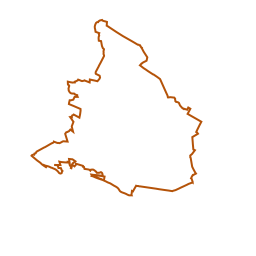 the district of Codes pag., Bauska, Latvia, rotated 33°
{"feature_id": "27541924B25863088320510", "entity_name": "Codes pag.", "entity_type": "district", "adm_level": 2, "iso_a3": "LVA", "parent_name": "Latvia", "parent_adm1": "Bauska", "projection": "robinson", "projection_center": [24.192, 56.468], "detail": "fine", "context": "isolated", "style": "outline", "palette": "amber", "viewbox_px": 256, "rotation_deg": 33, "n_neighbors": 0, "source": "geoboundaries", "source_scale": "gbopen_adm2", "svg_char_len": 5408}
<svg xmlns="http://www.w3.org/2000/svg" viewBox="0 0 256 256"><g transform="rotate(33 128 128)"><path d="M167.7,182.5L167.4,182.3L165.6,178.6L166.7,178.4L166.6,177.7L166.6,177.4L166.5,176.3L166.4,174.5L166.3,172.7L166.4,172.4L166.3,172.0L167.0,171.8L168.1,171.1L169.2,170.8L170.3,170.2L184.4,163.7L187.4,162.4L192.6,160.0L196.0,158.4L199.6,156.8L199.7,156.6L200.1,156.0L201.0,155.0L201.7,154.2L203.9,150.7L204.4,149.8L206.3,146.8L208.3,143.6L209.0,142.4L209.1,142.1L209.8,141.2L211.7,138.6L212.0,138.6L211.5,137.9L208.7,135.7L208.3,135.8L208.0,133.8L208.0,132.1L208.3,132.0L208.4,131.7L209.8,129.2L208.3,128.6L208.2,128.5L205.6,127.1L205.4,127.0L202.9,125.5L196.8,118.9L196.1,118.6L196.0,118.3L195.2,117.2L195.9,114.8L195.9,114.5L196.2,110.2L194.5,110.4L194.4,110.3L191.5,106.6L191.4,106.5L189.9,104.5L186.9,100.6L189.8,94.7L188.5,94.2L187.4,94.2L187.0,91.2L186.6,87.8L186.5,87.1L186.1,82.8L182.5,83.0L170.3,83.7L169.8,77.9L167.4,78.0L167.7,80.4L164.7,81.3L164.1,81.5L163.2,81.6L163.3,81.7L162.7,81.7L159.4,80.8L157.0,79.2L156.0,79.2L154.4,79.7L154.2,79.9L153.1,79.7L152.8,79.2L151.9,78.4L151.6,77.8L150.3,77.3L146.7,79.1L145.9,79.8L144.9,80.6L144.7,80.5L143.5,79.3L140.8,77.6L132.9,72.5L129.2,70.1L128.2,69.5L124.9,69.3L120.2,69.2L119.9,69.4L113.8,69.4L111.4,69.3L108.4,69.3L104.1,68.9L103.9,68.9L104.1,67.6L104.2,66.8L104.3,66.8L105.0,64.7L106.9,61.5L106.8,61.1L105.7,58.2L99.6,55.5L95.7,53.3L95.7,53.2L95.3,53.3L95.1,53.2L94.2,52.6L93.8,52.5L93.6,52.4L93.6,52.5L91.6,52.3L90.9,52.8L88.4,52.9L88.0,52.9L83.9,53.1L73.7,53.7L66.5,53.8L65.6,53.8L65.4,53.8L55.4,53.7L54.4,53.8L52.6,50.5L51.1,50.9L49.7,51.4L48.1,51.8L47.4,51.5L45.8,53.2L45.2,54.6L45.3,55.5L44.4,56.1L44.0,57.2L44.2,59.0L44.8,60.9L45.7,62.2L46.9,63.3L48.4,65.0L52.2,64.1L52.3,65.0L53.5,66.2L53.8,67.6L54.7,69.1L56.0,70.7L58.1,69.8L61.5,73.4L63.5,74.8L64.1,74.8L64.7,74.9L64.9,75.0L65.1,75.3L65.6,76.9L65.7,77.0L66.4,77.9L67.2,79.3L68.3,80.1L68.7,80.7L69.5,88.6L69.6,89.9L69.7,91.4L69.8,92.1L69.9,92.3L70.0,94.1L70.1,94.9L70.4,98.4L70.6,99.0L71.3,100.0L71.5,100.1L75.7,99.6L77.0,100.8L77.3,102.1L76.9,105.4L73.0,106.8L72.9,106.9L69.6,108.1L71.0,110.7L65.6,111.8L65.6,112.0L64.0,113.6L63.9,113.7L63.6,113.8L62.7,114.0L61.5,114.2L60.1,114.5L59.8,114.6L59.9,115.5L58.8,117.2L58.8,117.4L58.4,117.9L58.2,118.1L58.6,118.8L57.2,119.7L56.8,120.1L54.0,121.3L52.3,121.9L53.1,123.1L54.0,124.3L54.5,124.3L54.8,124.3L55.4,124.4L55.8,124.7L55.9,125.2L56.1,125.8L56.4,126.6L56.6,127.3L57.8,128.7L57.9,128.9L59.5,129.7L60.7,130.0L61.3,129.9L62.2,129.6L62.9,129.2L63.7,128.7L64.3,128.4L64.5,128.4L65.1,128.8L65.3,128.8L67.5,128.1L68.0,128.8L68.8,129.3L66.6,130.8L66.3,131.1L66.3,131.3L66.5,132.7L66.7,134.0L65.1,135.8L64.0,136.5L64.7,138.6L65.4,140.1L70.2,139.2L77.8,137.9L78.8,139.3L80.4,142.7L81.6,145.8L75.1,146.3L74.9,147.0L74.6,147.7L74.4,147.9L74.5,148.5L74.7,149.4L74.6,149.5L74.8,149.5L74.6,149.6L74.8,149.7L73.7,150.4L76.7,151.6L76.8,151.7L78.9,152.5L79.9,157.1L80.1,157.5L83.9,161.0L80.5,160.7L80.2,162.9L79.4,164.1L79.4,164.3L78.8,164.9L78.7,165.1L78.5,165.4L78.5,165.7L78.5,167.1L84.7,172.3L80.9,174.4L80.3,175.3L80.2,175.6L79.2,177.4L78.7,178.1L77.6,178.5L77.0,179.0L73.4,179.8L73.6,180.1L72.9,181.7L72.7,181.8L71.9,183.2L70.7,185.6L68.8,189.3L68.3,190.0L64.2,197.6L64.3,199.5L63.5,200.3L63.8,201.2L63.7,201.2L63.1,201.9L62.2,203.2L62.2,203.8L65.4,204.2L69.4,204.7L73.3,204.9L76.0,205.4L78.1,205.5L80.6,205.5L80.6,205.4L80.6,205.2L79.7,205.2L78.9,205.2L78.6,205.1L78.2,205.1L78.0,204.8L78.8,204.7L79.3,204.5L80.3,204.2L81.6,203.7L82.1,203.6L82.8,203.4L84.1,203.2L85.2,203.1L85.4,203.0L85.9,202.8L86.8,202.7L87.8,202.5L89.7,202.2L91.3,202.3L93.3,202.7L94.4,203.2L94.9,203.2L95.4,203.2L95.9,203.1L96.3,202.9L96.6,202.5L96.9,201.9L96.8,201.6L96.5,200.8L96.2,199.9L96.3,199.7L95.9,199.6L95.0,199.3L93.7,198.2L93.0,198.5L91.5,199.4L89.2,197.6L86.2,199.2L89.2,197.3L91.5,195.9L88.8,193.6L89.6,193.3L90.6,192.9L94.0,191.1L96.2,189.8L95.8,189.2L97.2,188.5L98.0,189.5L99.0,190.5L99.8,191.2L100.0,191.2L99.2,190.5L98.9,190.1L98.4,189.6L98.2,189.3L98.2,189.2L95.4,186.1L98.5,184.5L102.0,184.6L101.3,186.6L101.1,187.4L101.0,188.0L100.9,188.0L100.9,188.7L101.2,190.9L101.3,191.1L101.9,192.7L102.4,192.6L102.1,191.7L101.9,191.1L101.7,190.6L101.5,189.4L102.5,189.3L104.0,189.3L104.0,189.0L104.2,188.2L104.3,187.5L104.3,187.2L104.2,186.7L103.8,186.3L110.8,184.3L111.3,185.0L112.2,184.6L113.8,186.0L115.9,185.0L118.0,184.1L119.6,184.3L119.5,183.3L119.7,183.1L120.3,182.7L120.5,182.4L120.8,182.3L121.6,181.8L123.1,181.8L124.9,182.0L125.1,182.0L125.9,182.5L126.2,182.6L126.4,182.5L127.7,181.6L128.5,181.0L128.9,180.4L129.0,180.1L129.7,179.7L130.5,179.8L131.0,180.0L131.6,180.5L132.2,181.2L132.4,181.3L132.6,182.1L130.1,183.3L129.6,183.5L129.0,183.9L128.9,183.8L128.3,184.1L123.9,186.5L123.0,186.8L122.6,187.0L122.9,187.2L123.5,187.0L124.5,186.5L127.8,184.7L129.7,183.8L130.6,183.3L134.8,181.5L136.3,185.0L135.3,185.2L134.3,185.4L133.8,185.3L132.8,185.6L132.5,185.7L131.5,185.9L130.9,186.0L129.6,186.3L128.6,186.5L126.9,186.9L126.1,187.0L125.8,187.1L125.1,187.2L124.7,187.5L123.8,187.6L123.5,187.7L123.6,188.1L124.6,187.7L125.6,187.5L127.0,187.3L129.1,186.9L131.6,186.3L135.0,185.4L136.9,185.1L138.8,184.8L140.4,184.7L143.3,184.1L147.5,184.0L149.8,183.8L151.1,183.8L152.6,184.0L153.4,184.3L154.7,184.9L155.6,185.3L156.8,185.4L158.2,185.2L160.7,184.6L162.5,184.3L163.9,184.2L165.5,183.9L167.2,182.8L167.7,182.5Z" fill="none" stroke="#b45309" stroke-width="2"/></g></svg>